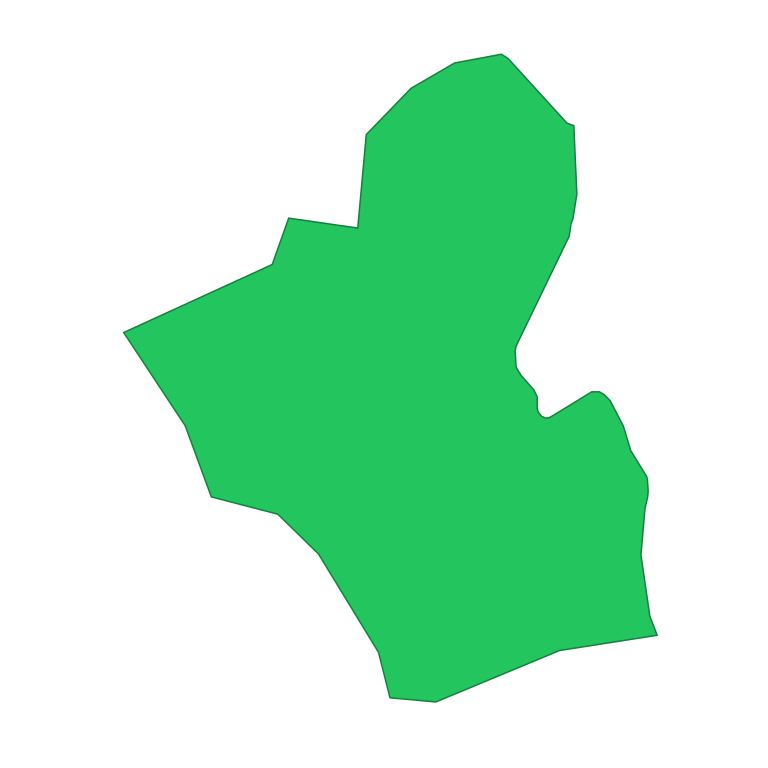 the London Borough of Havering, rotated 176°
{"feature_id": "GBR-2675", "entity_name": "Havering", "entity_type": "London Borough", "adm_level": 1, "iso_a3": "GBR", "parent_name": "United Kingdom", "parent_adm1": "", "projection": "orthographic", "projection_center": [0.199, 51.556], "detail": "fine", "context": "isolated", "style": "filled", "palette": "green", "viewbox_px": 768, "rotation_deg": 176, "n_neighbors": 0, "source": "natural_earth", "source_scale": "10m", "svg_char_len": 805}
<svg xmlns="http://www.w3.org/2000/svg" viewBox="0 0 768 768"><g transform="rotate(176 384 384)"><path d="M139.6,195.5L135.0,133.9L129.0,114.3L227.5,105.9L354.5,63.2L399.9,70.5L408.2,116.7L461.2,219.0L499.0,261.5L564.1,283.4L585.2,356.2L595.7,374.8L640.1,453.5L487.2,511.0L467.5,556.1L399.3,541.4L384.3,634.0L336.4,677.1L291.2,699.3L243.9,704.8L237.4,699.9L183.3,631.5L176.6,628.4L178.4,559.7L184.0,535.7L186.3,530.6L188.8,518.7L249.7,412.4L250.9,407.0L251.0,392.5L250.3,390.0L246.8,383.2L235.0,367.8L232.2,361.0L232.1,359.2L232.9,349.3L232.4,346.5L231.4,344.0L228.9,340.7L225.2,338.7L221.6,338.7L177.3,361.7L169.7,361.2L165.1,358.1L159.5,351.5L148.1,325.2L142.5,300.3L128.5,273.6L127.9,270.9L127.9,258.9L128.8,253.2L132.3,241.7L139.6,195.5Z" fill="#22c55e" stroke="#15803d" stroke-width="1.5"/></g></svg>